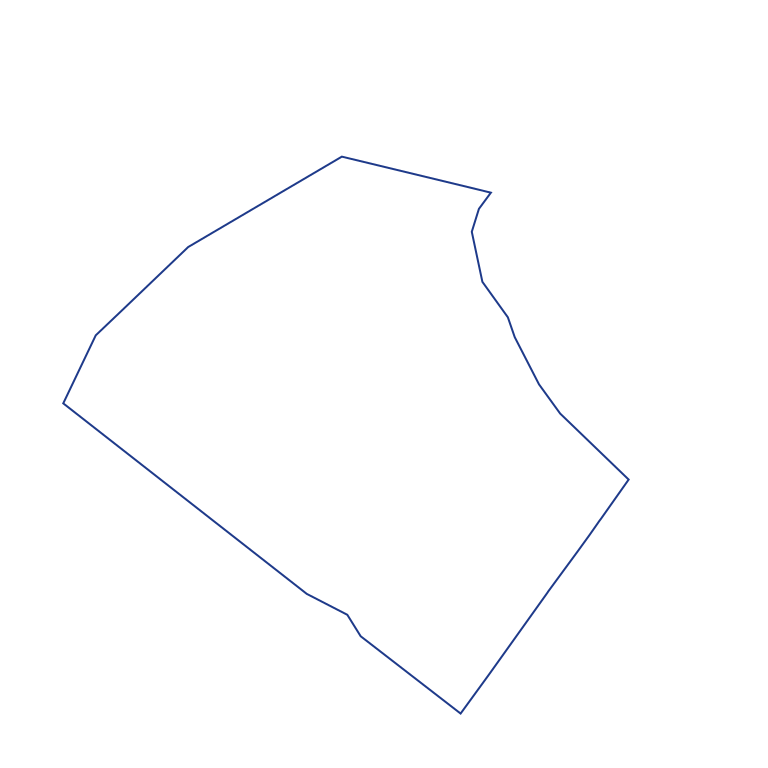 outline of Logan, Kentucky, United States of America, rotated 307°
{"feature_id": "52423323B14651853731347", "entity_name": "Logan", "entity_type": "district", "adm_level": 2, "iso_a3": "USA", "parent_name": "United States of America", "parent_adm1": "Kentucky", "projection": "albers", "projection_center": [-86.828, 36.858], "detail": "fine", "context": "isolated", "style": "outline", "palette": "blue", "viewbox_px": 768, "rotation_deg": 307, "n_neighbors": 0, "source": "geoboundaries", "source_scale": "gbopen_adm2", "svg_char_len": 502}
<svg xmlns="http://www.w3.org/2000/svg" viewBox="0 0 768 768"><g transform="rotate(307 384 384)"><path d="M601.1,354.2L596.4,343.2L540.2,213.5L375.6,145.2L283.1,130.1L249.4,124.5L175.5,139.5L169.9,448.7L177.6,493.6L168.5,517.2L166.9,643.5L214.6,642.7L316.2,640.1L316.8,640.0L366.9,639.4L387.3,639.0L401.6,638.5L403.7,638.4L406.8,638.4L454.9,636.9L466.4,542.5L477.0,508.0L500.1,460.2L511.8,442.8L524.8,401.1L558.4,362.5L581.0,354.4L601.1,354.2Z" fill="none" stroke="#1e3a8a" stroke-width="2"/></g></svg>